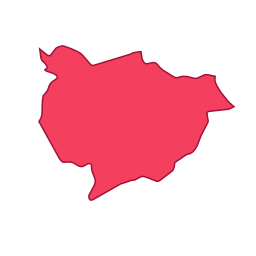 the border of Kairouan, rotated 280°
{"feature_id": "TUN-118", "entity_name": "Kairouan", "entity_type": "Governorate", "adm_level": 1, "iso_a3": "TUN", "parent_name": "Tunisia", "parent_adm1": "", "projection": "robinson", "projection_center": [9.864, 35.574], "detail": "fine", "context": "isolated", "style": "filled", "palette": "rose", "viewbox_px": 256, "rotation_deg": 280, "n_neighbors": 0, "source": "natural_earth", "source_scale": "10m", "svg_char_len": 2171}
<svg xmlns="http://www.w3.org/2000/svg" viewBox="0 0 256 256"><g transform="rotate(280 128 128)"><path d="M190.5,27.3L185.6,36.1L185.6,38.8L193.9,43.1L194.7,43.9L195.6,45.1L196.9,47.6L197.4,48.9L197.6,50.1L196.2,58.4L194.5,65.0L193.5,67.8L193.2,68.4L191.6,70.9L184.5,79.6L183.7,81.0L183.5,81.7L183.5,82.4L183.9,83.7L201.0,117.3L202.5,119.4L203.6,121.6L205.5,127.5L198.9,129.7L196.0,131.6L195.0,132.9L194.6,133.8L194.4,134.7L194.5,135.4L196.8,141.3L196.9,142.7L196.8,144.0L196.1,145.3L193.0,149.1L191.3,151.8L186.7,163.1L186.1,165.2L185.8,166.6L186.0,167.3L186.5,168.6L187.7,171.1L188.2,172.3L188.5,173.6L188.9,176.6L188.9,178.4L188.5,183.3L188.5,185.0L188.5,185.4L188.6,186.0L189.0,187.2L189.7,188.5L193.3,193.6L193.9,194.9L194.1,195.6L194.3,198.0L194.0,204.9L190.3,205.2L188.4,206.0L185.2,208.0L179.3,213.2L171.5,222.1L168.6,226.5L167.4,228.7L164.6,224.8L163.8,223.3L158.5,205.0L157.6,203.6L156.7,203.0L149.2,205.6L148.6,205.8L147.8,205.7L147.1,205.6L133.7,201.4L122.6,199.2L118.4,197.6L117.0,196.8L115.8,196.0L114.4,194.5L113.8,193.9L113.5,193.3L112.2,190.7L111.8,190.0L102.5,180.5L101.6,180.1L100.7,180.0L100.0,180.2L98.6,180.3L97.0,180.2L94.3,179.6L93.3,179.0L82.0,168.6L81.3,167.8L80.9,167.0L80.7,166.4L80.6,165.9L80.6,165.3L81.6,159.9L82.2,157.7L83.0,152.1L83.0,151.5L83.0,150.9L81.8,148.6L77.8,143.4L77.5,141.8L77.4,141.2L71.4,130.1L51.3,105.9L51.0,105.3L50.7,104.6L50.5,103.9L50.8,103.1L51.4,102.3L53.0,101.5L54.1,101.3L55.1,101.3L65.6,104.7L67.4,105.0L69.0,105.1L70.6,104.9L72.2,104.4L78.5,100.5L81.3,99.3L85.1,98.5L85.7,98.1L86.2,97.4L86.2,95.8L85.9,94.8L85.4,94.1L84.5,93.1L83.3,91.7L82.4,90.3L82.2,89.8L82.0,89.3L81.9,88.7L81.8,87.5L82.0,86.0L84.2,80.4L84.3,79.7L84.5,78.2L84.4,76.6L84.2,75.1L83.1,70.9L83.1,70.2L83.1,69.4L84.2,67.8L86.2,65.6L118.9,39.2L122.1,40.4L123.5,40.7L126.5,40.9L139.8,39.0L145.1,38.9L149.8,41.7L151.2,42.3L157.1,43.3L157.9,43.7L159.2,44.4L160.3,45.3L164.3,49.2L165.0,49.6L165.9,49.5L166.9,49.0L168.0,47.1L168.5,45.9L168.8,44.8L169.8,38.5L170.2,36.8L170.6,36.2L171.0,36.0L171.6,36.6L172.7,37.9L173.6,38.0L174.7,37.5L176.9,35.4L177.8,34.2L179.1,31.9L181.6,30.2L190.5,27.3Z" fill="#f43f5e" stroke="#9f1239" stroke-width="1.5"/></g></svg>